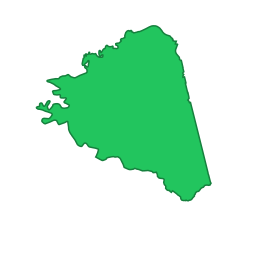 Boroondara, Victoria, Australia (Albers equal-area conic projection), rotated 338°
{"feature_id": "25037944B53457392645615", "entity_name": "Boroondara", "entity_type": "district", "adm_level": 2, "iso_a3": "AUS", "parent_name": "Australia", "parent_adm1": "Victoria", "projection": "albers", "projection_center": [145.049, -37.826], "detail": "fine", "context": "isolated", "style": "filled", "palette": "green", "viewbox_px": 256, "rotation_deg": 338, "n_neighbors": 0, "source": "geoboundaries", "source_scale": "gbopen_adm2", "svg_char_len": 5653}
<svg xmlns="http://www.w3.org/2000/svg" viewBox="0 0 256 256"><g transform="rotate(338 128 128)"><path d="M109.6,51.2L109.4,52.1L109.5,52.9L110.1,53.3L110.8,53.4L111.4,53.1L112.0,52.5L114.8,51.6L116.1,50.7L116.6,50.7L116.9,51.1L116.8,51.5L116.4,52.4L115.3,53.9L114.4,55.5L113.8,56.2L113.2,56.2L112.8,55.9L112.5,55.6L112.2,54.6L111.8,54.3L111.3,54.3L111.1,54.6L110.7,55.3L110.7,55.9L110.8,56.3L111.6,57.5L111.8,58.4L111.5,59.5L111.0,60.7L110.5,61.1L109.9,61.3L103.3,61.2L98.9,61.6L97.6,61.6L96.5,61.0L94.2,59.1L92.8,56.3L92.3,56.0L91.7,56.0L89.5,56.2L86.8,55.3L84.9,55.3L84.1,55.3L83.0,56.0L81.8,56.2L79.4,55.2L75.0,54.2L71.7,53.7L70.9,53.7L70.7,53.8L70.5,54.2L70.8,54.8L71.0,55.1L72.9,56.5L75.3,59.2L76.1,60.3L76.7,61.5L79.2,64.7L79.9,65.9L80.0,66.3L79.8,66.8L79.3,66.9L75.5,66.4L73.1,65.6L72.1,65.6L71.8,65.9L71.7,68.3L71.8,69.0L72.2,69.4L74.5,70.7L76.8,71.4L77.3,71.7L77.4,72.0L77.5,72.5L76.9,73.5L76.8,73.9L76.8,74.4L77.2,75.0L79.8,76.2L81.2,76.5L81.7,77.0L81.8,77.5L81.6,77.9L78.7,79.6L78.5,79.9L78.4,80.4L78.6,80.9L79.6,81.8L81.9,84.4L82.1,84.9L82.0,85.1L81.5,85.7L81.0,86.1L79.7,86.6L76.6,85.9L75.3,85.3L74.4,84.6L74.0,84.1L73.5,81.1L73.0,80.1L72.2,79.4L71.4,78.9L69.5,78.3L68.1,78.1L67.4,78.2L67.1,78.4L66.4,79.4L65.4,80.0L62.8,81.4L62.3,81.6L61.8,81.6L61.3,81.2L61.0,80.5L61.1,78.5L61.3,77.7L61.9,77.0L62.9,76.5L64.9,75.0L65.6,74.2L65.6,73.6L65.4,73.4L64.7,73.1L63.3,73.2L59.4,76.2L58.7,76.5L58.1,76.3L57.8,75.8L57.5,72.9L56.9,72.3L56.3,72.2L55.8,72.2L55.1,72.6L54.1,74.7L53.8,74.8L52.3,74.4L51.0,74.5L50.7,74.9L50.7,75.4L51.3,76.3L51.7,76.8L53.4,77.7L55.6,79.3L57.8,81.6L59.4,82.8L62.2,85.3L62.7,85.9L62.8,87.0L62.6,87.4L61.0,88.6L59.4,89.4L58.3,89.7L57.6,89.5L54.0,87.7L53.2,87.5L52.2,87.6L51.7,87.9L50.8,89.1L50.7,89.7L50.8,89.9L50.8,90.2L51.9,92.3L52.5,92.9L52.9,93.1L58.1,93.2L61.7,93.0L62.9,93.2L64.0,93.8L64.6,94.5L64.9,98.0L65.1,98.7L65.4,99.0L71.3,99.3L73.7,99.0L74.4,99.3L74.5,99.7L74.3,100.5L73.2,105.0L72.5,107.0L72.4,108.2L72.4,109.7L72.6,111.7L73.0,113.1L73.2,114.4L74.4,119.2L74.9,124.4L75.6,125.7L76.8,127.0L77.4,127.4L78.2,127.7L78.7,127.5L80.7,126.3L81.7,125.8L82.4,125.8L83.1,126.2L83.4,126.5L84.0,127.8L84.4,129.8L85.0,131.0L87.8,132.9L90.3,134.5L92.5,136.4L92.6,136.7L92.4,137.2L90.6,139.6L88.1,142.1L87.2,142.8L90.1,146.4L91.9,148.4L92.6,148.7L94.8,148.8L96.0,148.7L97.5,147.8L99.1,148.0L101.8,148.5L103.6,149.0L104.2,149.3L105.1,150.1L107.5,150.7L107.9,151.0L108.9,152.4L109.4,153.4L109.9,160.0L109.7,163.1L112.6,166.1L113.3,166.7L114.2,167.3L115.9,167.8L117.9,168.2L119.0,167.9L120.0,168.6L120.5,169.2L122.5,170.5L125.3,173.1L127.2,173.8L130.1,174.7L130.7,174.9L133.9,177.2L134.2,177.7L134.6,178.8L134.8,178.9L135.9,179.2L136.5,179.5L137.4,179.4L137.7,179.6L137.8,180.2L137.8,181.6L137.5,183.1L137.2,184.0L137.4,184.6L138.0,185.4L138.0,186.0L139.4,186.9L141.1,187.8L141.9,188.4L142.1,189.0L142.2,189.4L141.9,190.0L140.9,191.5L140.7,191.9L140.5,194.1L141.1,195.4L141.2,196.2L140.3,198.1L140.6,198.7L140.6,199.3L141.0,200.1L141.8,200.9L143.1,201.5L143.2,201.8L143.2,202.5L144.1,203.9L145.7,202.9L146.4,203.8L148.4,207.1L149.2,208.9L150.0,209.9L150.8,211.3L150.9,211.7L150.6,212.9L150.5,213.7L150.7,214.6L151.0,215.2L152.6,216.2L153.3,216.4L153.8,216.5L154.0,216.8L154.2,216.7L154.9,216.7L155.4,217.4L156.8,218.1L157.7,217.9L158.7,218.2L159.6,218.2L160.5,217.9L162.4,216.7L162.9,216.6L164.2,215.9L164.3,215.2L164.7,214.8L165.7,214.4L166.4,213.4L166.6,213.3L168.0,212.8L169.4,213.1L170.2,213.0L170.8,212.7L172.9,211.4L173.9,211.1L175.8,211.1L177.6,210.0L179.7,210.4L180.3,210.7L180.9,211.2L182.5,211.6L182.9,211.5L183.3,210.8L184.2,210.7L184.3,210.9L184.2,208.6L185.1,202.0L185.2,199.8L185.4,199.5L188.6,177.1L195.5,127.7L194.5,127.6L194.5,126.0L193.9,124.5L195.7,123.4L195.9,122.4L196.0,122.3L196.8,117.7L196.5,117.7L198.0,107.8L198.6,107.9L199.5,101.8L198.0,101.6L198.2,101.1L198.5,100.2L199.7,99.3L199.3,98.4L199.3,98.0L199.5,97.5L200.0,97.0L200.8,96.8L201.4,92.6L201.6,92.6L202.7,85.7L202.5,85.8L201.5,83.8L201.7,83.7L202.0,81.5L200.7,77.5L200.6,76.4L200.6,75.5L200.9,74.4L201.5,73.2L205.3,69.0L205.2,68.8L203.4,67.8L205.3,65.6L204.9,65.4L203.6,65.1L203.4,64.7L202.4,63.9L202.6,63.5L202.4,62.9L202.8,62.8L202.8,62.2L202.7,61.6L201.8,60.2L201.7,59.4L201.3,58.4L198.4,56.0L197.0,54.2L196.1,52.2L195.8,50.3L194.8,47.2L193.3,45.0L192.0,43.8L190.1,42.9L188.9,42.5L188.0,42.3L185.6,42.3L181.7,42.7L176.7,43.0L174.5,42.9L173.6,42.5L172.4,42.5L169.0,42.0L168.5,41.1L168.2,41.0L168.1,40.7L167.7,40.5L167.8,39.4L167.5,38.8L167.2,38.7L166.9,39.1L166.4,38.6L165.8,38.8L165.5,38.5L165.2,38.0L164.5,37.8L163.5,37.8L161.7,38.7L159.8,40.9L159.5,41.5L159.1,42.7L158.9,43.0L158.5,42.9L156.5,43.1L155.8,42.8L155.4,42.8L154.8,42.9L154.4,43.2L154.1,43.6L154.1,44.0L154.4,44.6L154.2,44.9L151.8,45.8L151.3,45.8L149.6,45.3L148.3,45.2L147.9,46.2L147.9,46.7L149.1,47.7L149.2,48.9L149.0,49.6L148.8,49.9L148.0,50.2L147.2,50.2L145.6,49.2L144.3,48.8L144.0,48.4L144.6,46.9L144.5,46.4L143.2,46.3L141.6,45.9L140.3,44.9L139.6,43.6L138.9,43.4L137.9,43.9L137.5,44.5L136.6,45.5L136.2,45.7L135.1,45.6L134.4,45.9L131.6,48.0L131.3,48.0L131.1,47.6L131.2,46.1L131.0,45.6L130.6,45.5L130.1,45.7L129.6,46.5L129.0,47.8L128.7,49.0L128.6,50.5L128.6,50.8L129.0,51.2L131.1,50.5L131.6,50.5L132.0,50.7L132.0,51.2L131.5,52.1L131.1,52.6L130.5,52.7L128.1,51.7L127.2,51.0L126.9,50.6L126.2,49.3L126.0,48.3L126.0,47.6L125.8,46.9L125.3,46.8L124.3,46.7L122.7,45.5L121.1,45.6L120.5,45.4L120.2,44.8L120.7,43.5L120.4,43.2L120.2,43.2L119.0,44.6L118.6,44.8L117.8,44.5L116.9,43.6L116.4,43.6L116.2,44.1L116.4,45.3L116.1,45.6L115.8,45.3L115.1,44.2L114.9,44.0L114.6,44.0L114.0,45.0L114.1,46.0L113.7,46.3L112.6,46.7L109.6,51.2Z" fill="#22c55e" stroke="#15803d" stroke-width="1.5"/></g></svg>